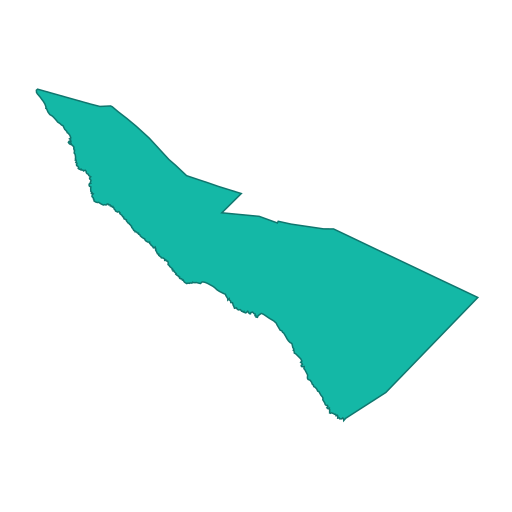 Alataua West, Vaisigano, Samoa, rotated 1°
{"feature_id": "51752279B81140789845654", "entity_name": "Alataua West", "entity_type": "district", "adm_level": 2, "iso_a3": "WSM", "parent_name": "Samoa", "parent_adm1": "Vaisigano", "projection": "albers", "projection_center": [-172.76, -13.559], "detail": "fine", "context": "isolated", "style": "filled", "palette": "teal", "viewbox_px": 512, "rotation_deg": 1, "n_neighbors": 0, "source": "geoboundaries", "source_scale": "gbopen_adm2", "svg_char_len": 4342}
<svg xmlns="http://www.w3.org/2000/svg" viewBox="0 0 512 512"><g transform="rotate(1 256 256)"><path d="M415.0,264.8L405.3,260.4L393.4,255.0L377.6,247.9L373.9,246.2L346.3,233.6L333.1,227.6L323.1,227.7L290.5,223.5L277.6,220.9L276.8,222.6L258.5,216.3L221.1,213.4L240.2,193.8L217.2,187.1L207.2,183.8L196.9,180.6L185.2,176.9L173.9,166.6L167.3,161.1L147.1,139.9L133.9,128.3L124.3,120.6L115.7,114.2L109.7,109.3L108.0,108.5L97.3,109.2L87.2,106.8L34.7,93.0L33.5,94.1L33.7,96.3L34.6,97.7L37.6,101.1L38.9,102.9L40.8,105.3L42.4,108.0L43.4,110.7L43.3,112.1L44.0,112.3L45.5,115.7L47.4,118.2L49.7,119.5L51.1,120.7L54.4,124.3L55.3,125.5L57.9,127.1L59.2,128.4L60.7,129.0L62.5,132.6L64.6,134.7L65.1,136.0L66.2,136.6L67.8,138.6L68.8,141.2L67.5,142.1L68.5,142.8L69.0,144.8L68.6,145.6L67.3,144.4L66.4,145.6L67.2,146.8L68.3,147.6L69.3,147.0L69.6,148.1L70.4,148.4L72.1,150.4L71.9,151.3L72.2,153.0L72.8,153.3L72.4,156.2L73.4,157.5L73.9,160.5L73.7,161.5L74.1,162.3L73.6,163.2L74.5,163.6L74.6,164.8L74.2,165.7L75.1,166.0L75.4,166.9L74.9,167.7L75.1,168.8L75.9,169.0L77.1,170.5L76.7,171.5L77.9,172.4L79.6,172.3L79.5,173.0L81.5,173.2L82.1,174.0L83.7,173.2L84.8,174.4L84.8,175.6L85.8,176.7L86.6,177.0L87.6,178.6L89.4,179.7L88.2,181.0L88.4,181.9L89.2,182.4L89.7,183.5L89.0,185.6L89.5,186.2L88.2,186.6L87.8,187.9L88.3,189.2L89.7,189.8L89.5,191.9L89.8,194.5L90.9,195.4L90.4,196.3L92.1,196.7L91.1,197.9L91.0,199.5L92.2,200.5L92.4,201.8L92.9,202.0L93.1,203.8L94.7,204.8L96.5,205.3L97.8,205.1L100.1,206.6L102.5,207.7L103.7,207.3L105.2,207.6L106.4,206.5L107.5,206.8L107.6,207.4L109.2,207.4L109.4,208.4L110.2,208.3L110.5,209.1L112.0,209.0L112.0,209.8L112.9,210.1L113.4,211.6L114.5,212.6L114.8,213.5L116.9,214.5L118.1,214.0L119.3,215.2L119.1,216.0L121.2,217.6L122.1,219.1L122.9,219.3L123.4,221.1L125.8,222.1L125.7,222.9L127.6,225.3L128.6,225.6L129.0,226.6L129.7,226.8L130.5,228.1L131.0,228.3L131.3,229.7L132.2,230.6L133.4,232.6L134.3,232.8L134.6,233.9L136.1,234.0L137.0,235.1L138.1,235.2L138.2,236.2L139.4,236.7L140.0,237.9L141.5,239.2L143.5,240.5L144.3,240.6L144.7,241.8L145.8,243.0L147.7,244.0L149.4,244.0L149.4,245.3L150.6,246.2L150.7,246.8L152.8,248.5L153.0,249.4L153.9,249.8L155.0,248.8L155.8,250.9L155.4,251.6L156.6,253.7L157.5,255.6L158.8,255.9L158.7,257.0L161.2,258.9L161.4,259.5L163.4,259.7L164.8,260.8L164.8,261.9L165.9,261.5L166.4,262.5L167.8,262.8L168.5,264.7L168.3,265.1L168.2,266.1L169.6,267.2L169.8,267.9L172.7,270.3L172.4,271.1L173.2,271.3L173.3,272.4L174.2,272.3L174.6,273.2L176.5,275.0L176.1,275.6L177.0,276.4L178.9,277.5L178.9,278.0L180.1,278.5L180.0,279.5L180.8,280.1L182.0,280.0L182.8,281.4L183.5,281.1L184.5,282.9L185.2,283.6L187.2,284.8L188.5,284.3L190.0,284.5L190.4,284.1L192.5,284.2L193.1,283.3L194.0,283.7L196.3,283.7L196.6,283.5L200.9,284.5L202.6,282.9L203.2,282.8L205.7,283.3L208.2,284.3L213.5,287.1L215.3,288.4L217.6,290.5L220.0,292.0L224.1,294.0L226.1,294.8L226.6,296.2L228.5,299.1L228.6,300.5L230.0,299.2L230.1,300.4L231.3,301.3L231.6,303.0L233.3,303.1L234.2,306.0L234.5,306.3L235.4,308.6L237.4,308.2L237.8,309.1L239.2,310.2L241.3,309.9L242.6,311.5L243.5,311.5L244.0,312.1L244.9,311.7L245.0,312.5L246.8,313.1L248.7,311.4L249.7,313.0L250.8,313.9L251.5,313.9L251.7,312.7L253.6,312.1L255.1,313.7L256.2,314.1L256.0,315.6L256.9,315.6L257.0,317.0L258.5,317.3L259.2,315.6L262.1,313.4L262.8,313.4L264.9,314.4L270.5,318.1L274.9,320.6L277.5,322.9L278.1,324.3L281.5,329.8L283.1,330.3L283.9,331.8L285.0,332.5L286.9,335.5L288.6,338.5L290.0,340.4L291.7,342.0L293.1,342.7L293.6,343.5L294.4,346.9L295.5,348.4L294.9,349.6L295.8,350.3L296.0,352.4L297.3,353.0L302.5,358.0L303.7,360.3L302.5,361.5L303.8,362.5L304.3,363.6L303.1,364.5L303.3,365.5L303.9,365.9L306.1,365.7L305.9,367.9L306.7,368.6L308.1,371.1L309.7,374.1L309.5,377.1L310.2,378.5L312.3,379.3L313.8,381.3L314.5,383.2L315.4,383.8L316.1,385.6L317.4,386.2L319.1,388.0L320.0,390.0L321.3,390.5L323.3,394.0L324.8,395.7L325.4,396.9L325.3,398.6L327.3,401.7L327.8,403.3L328.9,404.2L330.1,404.1L330.5,405.4L329.5,406.5L330.6,407.4L332.0,406.8L332.0,408.2L332.5,408.6L332.2,409.8L332.5,410.4L332.3,411.6L333.1,412.0L334.1,411.5L336.3,412.2L337.2,412.9L338.3,412.9L338.9,414.4L339.9,413.7L340.6,414.6L340.5,416.7L342.1,416.4L342.6,417.4L344.6,417.3L345.6,416.4L346.4,417.4L346.6,419.0L348.5,416.7L388.2,390.2L478.5,293.6L460.9,285.6L436.5,274.6L415.0,264.8Z" fill="#14b8a6" stroke="#0f766e" stroke-width="1.5"/></g></svg>